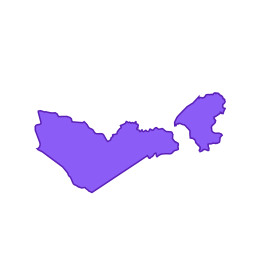 Ngatpang, Aimeliik, Palau (Mercator projection), rotated 121°
{"feature_id": "81905179B51358963868347", "entity_name": "Ngatpang", "entity_type": "district", "adm_level": 2, "iso_a3": "PLW", "parent_name": "Palau", "parent_adm1": "Aimeliik", "projection": "mercator", "projection_center": [134.507, 7.458], "detail": "fine", "context": "isolated", "style": "filled", "palette": "violet", "viewbox_px": 256, "rotation_deg": 121, "n_neighbors": 0, "source": "geoboundaries", "source_scale": "gbopen_adm2", "svg_char_len": 5436}
<svg xmlns="http://www.w3.org/2000/svg" viewBox="0 0 256 256"><g transform="rotate(121 128 128)"><path d="M123.3,132.8L124.7,132.8L125.3,132.6L126.9,133.6L129.8,135.7L130.7,134.4L131.1,134.1L131.6,134.1L132.9,134.7L135.3,135.1L137.1,135.1L138.6,134.5L140.5,136.1L141.0,137.1L141.8,137.6L143.3,136.6L144.9,137.4L147.3,136.8L148.3,137.4L150.0,138.3L149.6,139.9L146.7,145.0L146.3,145.9L146.3,147.1L146.6,147.9L149.0,151.8L149.3,152.6L149.3,153.7L149.0,154.7L148.0,156.5L147.7,157.1L147.6,158.4L147.9,160.4L147.9,161.3L147.7,162.2L146.4,164.5L146.0,165.6L145.2,168.8L146.8,169.6L151.0,178.0L151.4,179.3L149.3,181.3L148.9,183.2L149.6,186.4L154.0,193.5L152.5,195.9L152.4,198.1L154.0,200.4L154.9,202.2L156.5,206.9L157.3,207.9L158.2,211.8L159.7,213.6L160.8,212.9L168.0,205.5L169.0,204.9L169.9,205.3L170.7,205.8L171.5,207.0L172.8,208.1L174.5,208.3L177.8,206.2L185.9,196.0L187.7,194.6L189.8,194.1L192.5,194.7L192.6,194.9L192.9,193.7L192.5,189.2L195.0,163.9L197.6,156.6L199.0,154.9L199.6,153.7L199.7,152.5L200.4,151.1L203.2,147.3L203.9,146.2L204.2,145.0L203.9,142.6L204.0,140.1L203.2,136.7L201.8,135.1L201.2,134.2L201.6,132.9L201.8,130.6L202.2,129.1L201.8,125.7L141.7,97.1L142.2,96.5L142.7,94.9L143.0,94.5L142.8,93.8L142.6,93.6L141.3,93.3L139.8,92.4L139.1,92.2L136.6,92.1L136.0,91.9L135.2,91.2L135.4,90.7L136.3,90.1L137.6,88.9L137.7,88.4L137.6,88.2L136.2,87.8L134.2,86.7L132.7,85.4L130.5,82.3L128.7,79.1L127.7,77.8L126.1,77.2L124.5,76.9L123.4,76.4L122.4,75.5L121.0,74.2L120.5,74.0L119.6,74.4L118.5,75.5L117.4,76.0L117.1,75.9L117.0,76.1L116.5,76.2L115.8,76.6L115.3,77.3L115.3,77.8L115.4,78.0L115.4,79.2L115.7,79.4L115.3,80.0L115.7,81.0L115.2,81.7L115.1,82.3L114.8,83.0L114.5,83.3L114.5,83.5L114.3,84.2L113.8,84.7L112.6,85.1L111.9,85.7L110.5,86.1L110.0,87.1L109.4,87.6L109.1,88.3L109.1,89.0L111.1,93.0L111.4,93.7L111.3,94.9L110.8,97.5L110.9,98.5L112.5,100.0L113.2,101.1L113.3,102.0L113.0,103.7L113.2,104.0L113.8,104.6L115.2,105.1L116.6,105.2L117.1,105.4L117.3,106.4L117.5,106.4L117.4,107.3L117.5,108.5L117.9,108.7L119.4,108.4L119.8,108.5L120.3,108.7L121.1,109.8L121.2,111.1L120.8,111.2L120.8,111.6L121.1,111.8L122.9,112.5L123.3,113.1L123.1,114.1L122.6,114.6L122.4,115.0L122.7,115.3L124.3,115.4L124.9,115.8L124.8,116.3L124.4,116.8L124.2,117.3L124.6,119.2L124.5,119.6L124.0,120.2L123.8,120.2L123.5,120.3L122.7,119.5L122.2,120.2L120.9,120.3L120.6,120.4L120.2,120.8L119.8,121.6L120.1,122.9L120.1,123.4L119.7,123.9L118.7,124.1L118.6,124.3L118.6,124.6L118.9,124.8L120.0,124.9L120.6,125.1L120.8,125.4L120.9,126.7L121.2,127.2L122.2,127.7L122.1,129.6L122.9,130.1L123.2,130.5L123.2,132.2L123.3,132.8ZM101.8,89.2L101.3,89.0L101.5,88.9L101.6,88.5L101.5,88.2L101.1,88.1L101.0,88.3L100.7,88.4L100.7,88.6L100.8,89.0L100.4,89.5L100.3,88.9L100.0,88.3L99.3,87.9L99.0,87.7L98.9,87.5L98.3,87.4L98.2,87.3L98.3,87.1L98.3,86.8L98.1,86.8L98.0,86.6L97.8,86.6L97.2,85.5L97.1,84.2L96.8,82.5L96.4,81.6L96.2,81.5L96.2,81.2L96.5,80.2L96.8,78.7L97.2,77.9L97.3,77.0L97.4,76.9L97.5,76.3L98.0,75.3L98.1,74.0L99.1,73.1L99.6,72.7L100.4,72.4L101.8,71.4L102.1,71.3L103.2,70.3L103.3,70.3L103.4,70.1L104.4,69.6L104.1,69.1L104.3,68.7L103.5,67.2L103.4,66.9L103.7,66.2L103.5,65.0L103.7,64.8L104.6,63.3L105.6,62.4L105.8,62.1L105.8,61.2L106.0,60.9L106.1,60.7L106.4,60.1L106.6,59.3L106.4,59.1L106.4,58.9L106.6,58.9L106.8,58.5L106.9,57.4L107.1,56.7L107.5,56.3L108.0,56.0L107.9,55.8L108.1,55.7L108.3,55.7L108.5,55.5L109.0,55.3L109.4,55.6L110.2,55.4L110.4,55.5L110.6,55.3L110.6,55.1L110.8,55.0L110.9,54.8L110.8,54.0L111.0,53.9L110.6,53.5L108.9,52.4L108.7,52.6L108.4,52.6L107.5,52.1L107.2,51.9L107.1,51.4L106.6,50.6L106.2,49.2L106.3,49.2L106.2,48.7L106.3,48.6L106.2,47.9L105.7,47.3L105.4,47.3L104.4,47.9L104.1,47.9L103.9,48.0L103.4,48.6L103.2,48.7L102.5,49.7L101.9,50.3L101.2,50.4L101.1,50.6L100.8,50.8L100.7,51.0L99.4,49.9L99.2,49.2L98.5,48.3L97.2,47.3L96.3,45.4L96.1,45.3L96.0,44.6L95.2,44.1L95.1,43.7L94.6,43.3L93.4,42.5L93.2,42.4L92.5,42.4L92.2,42.7L91.0,43.0L90.6,43.3L89.3,43.9L89.2,44.1L86.7,43.9L85.8,43.5L85.2,44.4L85.3,44.9L85.1,45.4L85.4,46.1L85.4,46.8L85.6,47.4L85.8,47.6L85.9,47.9L86.4,48.6L87.7,50.8L87.8,51.2L87.7,51.8L87.8,52.3L87.8,53.3L87.3,54.7L86.9,54.9L85.6,56.0L85.1,56.2L84.8,56.8L84.7,56.8L83.2,57.2L82.6,57.0L81.7,57.0L81.0,56.5L80.3,56.5L79.2,56.2L78.4,56.1L78.0,56.2L77.9,56.4L76.7,56.6L76.7,56.8L76.2,57.3L76.3,57.8L76.1,58.4L75.9,58.7L75.7,58.6L75.1,59.6L75.0,60.3L74.9,60.0L74.6,59.7L73.7,59.8L73.6,59.3L73.1,58.8L72.9,58.8L71.9,58.4L71.3,58.1L70.9,57.8L70.4,57.6L69.8,57.6L69.3,57.1L68.2,56.8L67.7,56.4L67.2,56.5L67.0,56.8L66.6,56.0L67.0,55.5L66.9,55.2L67.2,55.0L66.7,53.9L65.3,54.3L61.5,55.0L61.4,54.7L61.2,54.8L61.6,56.3L61.7,56.9L61.4,57.2L61.2,57.6L60.9,57.7L59.7,58.4L59.2,58.8L58.8,58.7L58.5,58.8L58.0,58.4L57.1,58.2L55.9,58.2L55.2,58.5L54.8,59.0L54.5,59.6L54.1,59.7L54.0,60.0L53.7,60.0L53.6,60.5L53.8,60.9L53.9,61.4L53.7,62.1L53.3,62.1L52.9,62.6L52.6,63.0L52.6,63.5L52.2,64.2L52.2,64.8L52.6,65.4L52.6,65.6L52.5,65.9L52.2,66.3L52.0,66.9L52.2,67.5L51.9,67.8L51.8,68.8L52.4,69.9L52.6,70.1L53.0,70.1L53.1,70.3L52.7,70.4L52.7,70.7L53.3,71.8L54.2,72.3L55.0,72.5L55.3,72.3L55.8,72.9L56.2,73.1L56.2,73.7L56.4,74.2L57.3,75.1L57.5,75.1L57.6,75.8L58.2,76.8L59.2,78.0L60.1,78.3L60.4,78.2L60.5,78.0L61.7,78.3L62.3,78.1L63.1,79.1L63.5,79.2L63.7,79.5L64.0,79.7L64.2,80.8L64.3,80.8L64.5,81.5L64.8,81.9L65.0,82.5L65.3,82.5L64.9,82.8L65.0,83.3L64.8,83.4L73.0,85.1L79.3,88.3L91.5,91.2L93.8,91.5L99.1,91.0L101.8,89.2Z" fill="#8b5cf6" stroke="#5b21b6" stroke-width="1.5"/></g></svg>